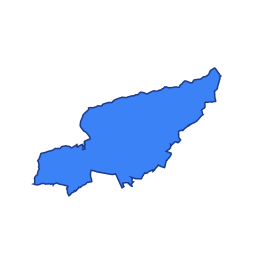 Stefan Cel Mare, Bacau, Romania (Mercator projection), rotated 207°
{"feature_id": "2599482B13228662161782", "entity_name": "Stefan Cel Mare", "entity_type": "district", "adm_level": 2, "iso_a3": "ROU", "parent_name": "Romania", "parent_adm1": "Bacau", "projection": "mercator", "projection_center": [26.858, 46.192], "detail": "fine", "context": "isolated", "style": "filled", "palette": "blue", "viewbox_px": 256, "rotation_deg": 207, "n_neighbors": 0, "source": "geoboundaries", "source_scale": "gbopen_adm2", "svg_char_len": 5690}
<svg xmlns="http://www.w3.org/2000/svg" viewBox="0 0 256 256"><g transform="rotate(207 128 128)"><path d="M68.8,216.4L69.6,216.5L70.4,216.9L71.1,217.6L71.9,217.8L77.2,220.7L77.7,220.8L78.3,220.6L78.5,220.3L79.3,218.8L80.4,217.1L80.7,215.9L80.4,212.7L81.3,210.4L81.9,209.5L82.2,209.1L83.7,208.0L84.2,207.5L84.8,206.0L85.6,204.4L85.8,204.2L87.5,203.3L90.8,200.9L91.1,200.4L91.2,200.0L91.2,198.2L91.2,197.8L91.7,197.3L93.0,196.6L96.0,196.4L98.2,196.0L98.7,195.7L99.1,195.1L99.2,194.4L99.6,194.0L99.8,192.2L100.7,190.5L101.0,189.7L101.0,189.3L100.8,187.9L100.9,187.5L102.6,186.7L103.6,186.5L104.5,186.1L106.7,184.3L108.4,183.2L109.1,183.0L109.5,182.8L109.7,182.4L110.1,182.2L112.3,182.1L113.1,181.6L113.9,181.4L114.4,179.4L115.2,178.5L115.5,177.9L115.8,177.1L116.6,176.1L117.4,175.9L118.2,174.4L119.9,173.5L122.0,172.8L124.3,170.1L126.2,167.4L126.6,167.0L128.0,166.7L129.9,166.7L133.0,165.6L133.3,165.1L133.8,164.0L134.2,162.4L135.0,161.7L136.0,161.3L136.3,161.0L136.4,160.7L136.7,160.4L137.6,159.0L138.3,159.0L141.5,156.3L142.2,155.7L142.6,155.0L143.5,154.2L147.3,152.7L150.8,149.1L151.8,148.0L153.3,145.9L153.4,144.9L153.8,144.6L153.8,143.8L154.1,143.1L155.7,142.5L157.0,141.9L157.4,141.4L158.7,140.3L159.0,139.8L159.7,139.3L161.3,137.6L161.4,137.3L161.3,135.9L162.3,135.2L165.0,134.0L166.1,132.3L167.5,131.1L168.0,130.2L168.5,130.2L169.2,129.6L170.4,129.4L170.6,129.2L170.9,129.1L171.3,128.4L171.7,128.1L172.2,128.1L172.3,128.0L171.9,127.6L171.6,127.1L171.6,126.2L173.5,121.0L173.8,119.8L173.9,118.1L173.5,117.4L173.2,112.4L172.2,109.5L171.7,108.6L171.3,107.9L169.9,107.0L166.0,105.2L163.9,105.2L162.0,104.6L159.1,103.2L158.2,102.6L156.8,101.4L157.4,99.9L158.0,99.9L160.8,96.3L159.8,95.5L160.2,94.7L159.9,94.5L159.7,94.7L158.7,93.7L158.8,93.4L158.7,93.2L158.8,93.1L158.6,92.4L159.2,91.8L159.1,91.6L159.0,91.0L158.2,91.8L156.8,89.8L158.4,88.4L158.4,88.7L158.7,89.0L158.8,89.5L159.0,89.7L159.0,90.0L159.5,90.6L159.7,91.0L159.8,91.2L160.2,91.5L160.0,91.8L160.4,92.2L160.5,92.0L161.0,92.7L161.7,92.2L161.7,91.8L162.1,91.3L162.5,91.3L162.9,90.5L163.1,90.4L163.3,90.1L164.0,88.3L164.3,88.3L164.5,88.1L164.8,88.5L165.2,88.5L165.3,88.6L165.4,89.3L165.5,89.6L166.0,90.1L166.6,88.8L167.6,87.3L168.2,86.2L168.8,85.3L169.4,84.7L169.7,84.6L171.2,85.0L171.5,84.9L172.3,84.9L173.1,84.4L175.2,84.0L176.7,82.7L177.6,82.2L178.6,81.3L179.3,78.9L180.1,78.3L181.0,78.2L182.0,77.3L183.4,76.9L184.1,75.9L184.7,74.5L185.0,74.0L185.5,73.7L186.3,72.8L187.2,72.1L187.6,71.7L188.4,71.1L189.6,69.7L189.9,69.2L190.7,68.7L191.8,67.6L193.8,66.1L194.0,65.4L193.6,63.3L193.5,62.1L193.3,61.1L193.2,59.8L193.6,58.6L193.6,57.8L192.2,57.0L191.9,56.5L191.4,55.6L190.6,55.0L190.3,54.4L190.1,52.8L189.7,52.3L188.6,51.5L188.6,50.0L188.4,48.5L188.2,47.0L187.5,45.4L187.6,44.9L188.3,44.1L188.4,42.7L188.7,41.7L188.5,40.7L187.3,39.0L187.0,38.2L186.2,36.9L186.2,35.9L186.3,35.6L186.7,35.2L183.6,35.8L182.2,36.7L181.5,37.3L180.0,39.0L178.5,40.1L177.4,40.5L176.1,40.5L175.8,40.6L175.4,41.1L173.7,41.9L173.0,42.6L172.3,42.7L171.5,42.6L171.4,42.7L171.0,43.0L170.6,43.8L170.2,43.9L169.0,43.4L168.8,43.2L168.8,43.7L168.3,44.9L167.5,45.7L166.6,46.7L163.7,46.8L159.3,48.1L155.1,48.8L155.0,48.6L155.1,48.3L154.8,47.9L155.4,46.5L153.5,44.5L153.1,44.0L152.8,43.1L149.9,40.8L149.3,41.7L149.2,42.6L149.0,42.9L149.0,43.3L149.1,43.7L148.7,44.3L148.4,45.0L147.2,46.5L147.5,46.9L147.2,48.0L146.6,48.0L146.1,47.8L146.0,48.0L145.6,48.9L145.7,49.8L145.3,50.2L144.7,52.6L144.8,52.9L144.0,52.9L143.7,53.2L143.4,53.6L143.0,54.9L142.0,56.7L141.6,57.2L140.6,58.1L140.3,58.6L139.8,60.6L139.5,61.3L138.8,61.5L137.7,62.4L137.6,62.6L136.6,63.1L136.2,63.5L136.0,64.0L137.1,65.5L138.5,66.9L139.3,67.8L139.9,68.8L141.2,71.4L141.3,72.1L141.6,73.5L139.2,74.3L135.1,75.0L121.1,79.3L119.4,80.4L118.3,81.6L106.2,72.0L105.8,72.6L105.0,73.9L107.0,75.4L106.9,75.7L107.2,75.9L107.6,76.5L105.5,78.0L105.0,78.5L102.7,79.3L102.3,78.7L101.9,79.1L101.4,78.7L100.0,78.0L97.9,77.8L97.8,78.0L98.2,78.2L98.9,79.0L99.6,79.6L99.7,79.8L99.6,80.2L99.3,80.5L98.7,82.4L99.5,82.1L100.1,82.2L100.3,82.4L101.0,84.2L101.3,84.8L101.9,85.3L102.7,85.5L100.9,86.0L98.6,86.1L98.1,86.3L93.1,88.8L93.0,89.1L93.1,90.8L92.8,95.6L91.6,95.6L91.1,96.2L90.6,96.4L89.7,98.7L88.8,99.7L88.0,100.4L87.3,101.7L87.1,101.8L86.0,100.6L85.7,101.7L85.2,102.8L85.3,103.0L85.6,103.0L85.2,104.1L85.0,105.1L84.7,105.9L84.2,108.0L84.3,108.7L81.4,108.6L77.5,109.3L77.5,110.0L78.1,112.3L78.5,113.7L79.0,116.1L78.5,117.2L78.4,118.5L77.7,120.8L77.5,123.8L78.1,125.1L83.4,124.6L83.0,125.5L82.5,126.0L82.2,127.0L81.6,127.8L81.6,128.5L81.2,129.3L81.7,131.2L82.1,132.0L82.6,132.7L82.2,132.6L81.4,132.1L81.3,132.9L79.8,137.0L79.1,137.4L77.0,137.5L76.8,137.6L76.8,137.8L77.0,138.0L76.4,138.3L75.7,141.3L77.9,142.3L78.6,142.8L78.9,143.2L79.3,143.9L79.5,144.7L79.6,144.9L80.0,145.0L80.1,145.6L80.7,146.5L81.1,148.0L81.1,148.6L80.6,149.0L78.8,150.7L78.4,150.4L78.0,150.6L77.2,153.4L75.4,157.1L75.5,157.3L75.2,157.3L75.3,157.7L74.9,158.3L74.7,158.3L74.7,158.5L74.4,158.5L74.5,158.7L74.4,158.8L74.5,159.0L74.5,159.3L73.8,160.0L73.6,160.0L73.0,161.0L72.5,161.5L72.0,162.3L71.7,162.4L71.4,163.0L69.9,165.2L69.7,166.1L69.3,167.4L68.2,172.0L67.5,173.5L67.1,174.0L68.0,174.5L68.7,175.3L69.7,176.5L70.6,177.0L70.6,177.4L70.1,178.4L69.9,179.2L69.0,180.3L68.9,180.7L68.9,181.2L69.0,181.8L69.3,182.5L69.6,182.9L70.7,184.9L70.9,185.2L70.8,185.8L70.7,186.0L70.1,186.5L68.9,186.9L67.7,188.0L66.1,188.9L65.1,189.1L64.5,189.6L63.9,190.2L63.5,190.5L62.5,191.0L62.0,191.6L63.2,193.3L64.2,194.1L66.8,198.7L67.7,199.7L67.4,200.1L66.9,201.7L66.6,202.6L66.4,202.9L66.3,203.6L66.9,205.3L67.2,206.9L67.5,208.2L67.6,209.3L67.7,210.1L68.0,210.9L68.2,211.8L68.4,213.3L69.1,214.8L69.1,215.1L68.8,216.4Z" fill="#3b82f6" stroke="#1e3a8a" stroke-width="1.5"/></g></svg>